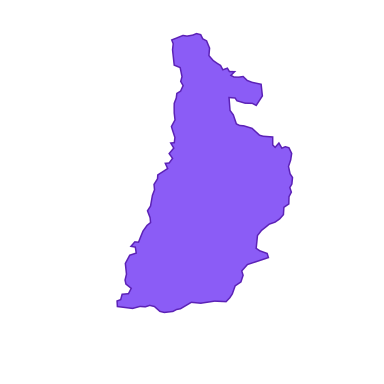 the district of Nova Esperança do Sul, Rio Grande do Sul, Brazil, rotated 33°
{"feature_id": "56859067B55473062015282", "entity_name": "Nova Esperança do Sul", "entity_type": "district", "adm_level": 2, "iso_a3": "BRA", "parent_name": "Brazil", "parent_adm1": "Rio Grande do Sul", "projection": "equal_earth", "projection_center": [-54.832, -29.409], "detail": "fine", "context": "isolated", "style": "filled", "palette": "violet", "viewbox_px": 384, "rotation_deg": 33, "n_neighbors": 0, "source": "geoboundaries", "source_scale": "gbopen_adm2", "svg_char_len": 1858}
<svg xmlns="http://www.w3.org/2000/svg" viewBox="0 0 384 384"><g transform="rotate(33 192 192)"><path d="M280.2,166.7L281.0,161.2L277.4,154.8L279.7,149.3L275.9,143.1L275.4,138.0L271.6,135.0L271.4,130.9L268.4,125.1L264.3,123.3L259.0,118.0L257.3,111.4L254.6,105.4L249.2,102.1L245.6,103.2L243.5,106.3L238.2,103.6L237.4,109.3L234.1,108.6L229.7,101.9L221.3,106.5L217.7,107.6L211.2,106.5L207.7,105.9L199.4,108.3L195.6,110.3L192.1,110.7L184.6,104.8L179.5,102.9L171.6,92.6L176.9,89.7L180.0,91.0L188.1,88.6L194.3,84.8L198.7,84.4L198.7,73.1L191.3,64.0L182.7,67.3L177.5,68.4L172.0,67.3L168.7,70.2L164.7,72.7L161.1,73.0L162.2,67.9L157.8,70.6L154.2,68.9L151.3,72.7L147.0,70.3L142.9,70.4L138.1,70.2L131.9,68.4L128.4,61.8L124.9,59.4L121.9,57.3L117.6,57.7L113.6,55.3L109.5,56.7L107.2,60.0L102.9,64.0L99.2,65.6L92.2,75.5L95.5,77.9L98.2,83.3L108.0,95.3L114.3,94.1L120.8,100.7L122.3,105.4L126.6,107.6L127.5,113.6L125.6,117.6L127.6,121.7L128.8,127.3L130.8,130.5L134.1,135.5L138.5,140.8L139.1,148.3L141.8,150.6L148.0,155.6L150.3,160.3L147.5,162.5L152.8,165.1L151.9,172.2L157.4,174.4L157.0,180.2L154.0,182.5L158.8,185.6L154.0,196.3L155.9,199.7L156.0,206.3L159.4,210.6L160.6,216.3L164.9,226.4L164.9,232.0L170.9,236.4L173.9,240.2L172.5,244.5L172.2,251.4L173.4,257.8L174.5,263.2L171.2,265.0L170.4,270.8L174.5,269.1L178.5,273.6L174.2,278.9L175.0,288.2L181.8,296.6L183.8,302.3L186.7,305.2L193.5,305.9L194.1,311.9L189.1,315.8L190.8,321.1L188.5,324.2L191.8,328.7L205.6,322.0L210.7,316.3L215.4,313.7L218.3,310.1L222.9,308.5L230.1,309.6L234.4,308.1L241.0,302.6L243.0,299.0L245.9,296.2L251.5,284.9L259.9,280.5L270.4,271.2L280.3,265.4L281.3,260.1L281.3,255.5L279.3,247.2L282.0,240.8L280.2,234.0L276.7,231.1L278.0,222.6L291.8,205.4L288.5,202.6L280.8,204.4L276.5,204.3L270.6,192.8L271.2,186.4L274.3,176.9L278.1,172.0L280.2,166.7Z" fill="#8b5cf6" stroke="#5b21b6" stroke-width="1.5"/></g></svg>